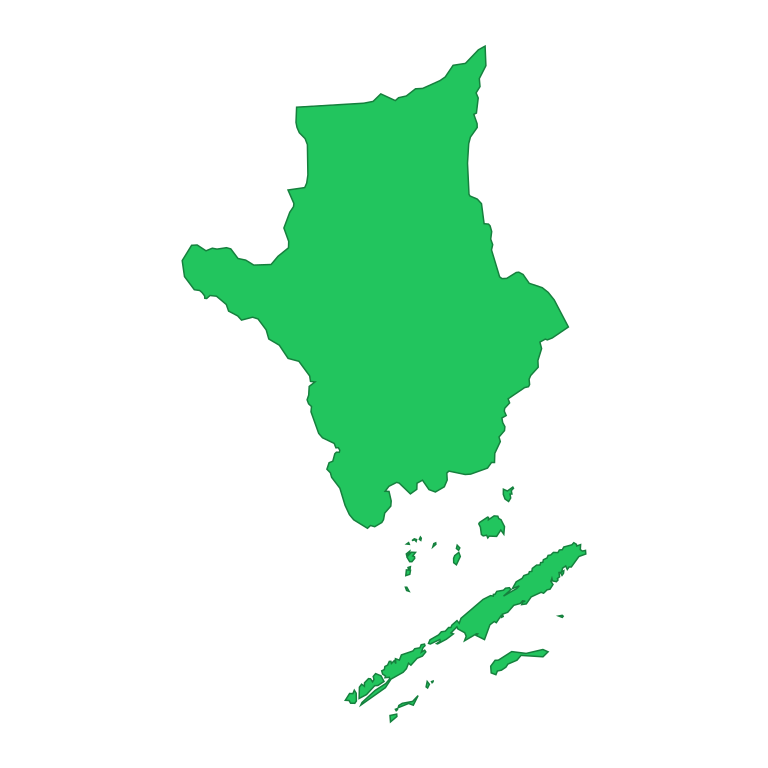 the district of Hai Ha, Quảng Ninh, Vietnam
{"feature_id": "81297802B53592665760601", "entity_name": "Hai Ha", "entity_type": "district", "adm_level": 2, "iso_a3": "VNM", "parent_name": "Vietnam", "parent_adm1": "Quảng Ninh", "projection": "equal_earth", "projection_center": [107.715, 21.448], "detail": "fine", "context": "isolated", "style": "filled", "palette": "green", "viewbox_px": 768, "rotation_deg": 0, "n_neighbors": 0, "source": "geoboundaries", "source_scale": "gbopen_adm2", "svg_char_len": 6140}
<svg xmlns="http://www.w3.org/2000/svg" viewBox="0 0 768 768"><path d="M204.8,298.3L206.7,298.5L210.0,295.5L216.5,296.2L226.3,304.5L228.6,311.1L237.7,315.9L241.5,320.1L252.6,317.2L258.0,318.9L266.2,329.9L268.8,339.0L279.3,345.2L288.1,358.4L298.9,361.3L309.7,376.0L310.5,381.4L315.0,381.9L309.2,386.4L308.7,395.1L307.1,399.8L308.6,403.8L311.5,406.5L311.0,411.8L318.7,433.4L322.5,437.8L334.2,443.4L335.9,447.8L338.3,447.7L339.8,450.2L339.3,452.3L336.4,452.2L334.8,453.8L332.8,461.2L329.1,462.7L326.9,469.2L330.4,472.8L331.6,477.3L339.9,488.2L345.1,505.4L349.4,514.6L353.7,519.8L367.5,528.3L370.5,525.5L374.7,526.7L381.8,522.5L383.5,519.7L384.7,513.1L390.8,506.1L391.2,501.0L389.0,491.4L385.1,491.3L388.9,486.3L396.6,482.4L399.2,483.1L410.4,493.9L416.8,489.3L417.0,483.2L422.5,480.2L429.0,489.6L435.4,492.0L444.3,486.8L447.2,480.0L446.8,473.1L448.9,471.1L465.2,474.5L470.7,474.1L487.5,468.1L491.5,462.5L494.5,462.5L494.8,453.3L500.3,441.6L499.0,437.0L504.5,430.6L504.9,426.7L502.7,422.6L501.9,418.0L506.2,415.5L504.3,411.2L504.7,408.3L509.6,402.9L508.1,398.8L524.6,387.6L528.5,386.7L529.6,384.5L529.1,379.2L530.7,375.5L538.2,367.2L537.9,360.5L541.6,348.6L539.9,342.1L545.3,339.1L547.3,339.9L552.2,338.0L568.4,327.0L554.2,299.9L548.2,292.4L542.3,287.7L529.2,283.3L523.1,274.5L518.8,272.2L516.2,272.5L506.7,278.4L502.0,278.6L499.6,276.8L491.5,249.9L492.7,244.7L490.7,239.1L491.7,231.6L490.1,225.9L488.5,224.1L484.1,223.7L481.5,203.7L477.3,199.1L470.0,196.0L469.0,194.3L467.5,163.2L468.7,143.7L470.4,137.1L477.2,127.5L477.1,123.7L473.8,114.3L476.4,113.1L478.2,98.0L476.1,92.9L480.0,86.6L479.3,78.6L485.9,65.7L485.1,46.1L478.4,49.8L465.4,63.4L453.1,65.3L445.2,77.0L440.0,80.6L422.7,88.4L415.5,88.8L406.3,96.0L398.6,97.7L395.3,100.6L380.8,93.9L373.1,101.4L363.8,103.2L296.6,107.2L296.0,122.4L297.0,127.4L299.3,132.7L305.1,138.6L307.4,144.6L307.9,174.9L306.7,183.1L304.7,187.6L288.0,190.0L293.9,203.5L293.5,206.7L289.8,212.2L283.9,228.0L288.7,241.4L288.5,247.8L278.0,256.3L271.1,264.5L253.8,265.1L245.7,260.1L238.0,258.5L230.8,248.9L226.5,247.7L217.0,249.1L212.3,248.2L206.0,250.8L197.2,245.0L191.6,245.3L182.2,260.6L184.5,276.6L194.3,289.7L199.7,290.5L202.1,292.6L204.6,295.9L204.8,298.3ZM576.7,546.0L576.4,544.3L573.8,542.7L571.9,544.8L563.8,547.0L562.3,549.7L559.4,550.0L557.9,552.6L553.4,552.4L550.7,555.0L548.1,555.4L547.0,558.0L543.4,559.7L542.8,562.3L540.6,562.6L540.0,565.0L536.6,565.1L532.3,568.4L531.8,571.4L529.4,571.7L528.6,573.9L523.8,575.6L522.2,578.3L516.2,581.8L512.4,588.6L519.3,585.9L516.9,588.4L503.5,596.1L510.8,589.7L509.4,587.7L505.5,588.2L503.5,590.2L496.8,591.4L495.0,594.3L493.4,594.4L493.3,596.1L490.6,595.6L483.1,599.4L461.0,618.3L459.2,623.3L457.0,620.6L451.8,625.2L450.9,627.5L448.6,627.5L445.3,631.2L441.3,631.8L438.6,634.9L430.0,639.8L428.5,643.4L430.3,644.0L439.8,639.5L440.3,641.1L436.6,643.6L437.6,643.9L446.4,639.2L453.4,633.9L451.0,632.9L456.9,626.9L457.8,628.9L464.7,632.7L466.2,636.2L464.5,640.8L476.6,633.7L477.7,633.9L476.2,635.5L484.5,639.6L489.9,624.8L494.2,621.5L496.3,622.7L501.3,615.4L502.3,615.6L501.8,617.2L503.2,616.5L502.4,614.2L507.7,612.3L513.8,605.3L520.2,603.5L522.6,600.8L525.3,601.2L522.8,601.9L521.7,604.6L526.3,603.9L531.2,596.9L541.1,592.3L543.6,593.2L547.1,589.8L550.0,589.2L553.0,584.5L550.9,581.4L551.9,578.4L552.5,580.9L556.4,581.7L558.0,580.0L557.4,578.6L559.6,576.8L559.0,572.5L560.2,572.3L562.0,575.4L563.5,573.3L563.8,570.7L561.7,571.9L562.5,568.2L565.7,566.0L567.3,569.5L569.2,566.9L571.3,567.0L578.9,556.5L585.8,554.0L585.5,550.4L582.4,551.1L580.3,549.6L580.6,544.6L576.7,546.0ZM423.1,647.5L425.0,645.7L424.5,644.1L421.2,644.7L419.9,647.8L414.8,648.7L412.9,651.0L401.4,654.9L399.4,660.1L395.5,658.7L395.8,663.6L394.3,660.6L391.4,663.5L390.9,661.3L389.3,661.4L387.6,665.1L384.9,666.5L384.3,669.6L381.7,670.8L382.6,674.1L385.5,676.0L385.0,677.7L389.3,677.3L389.6,679.0L385.8,683.5L375.1,690.4L362.0,702.5L360.8,705.1L385.4,687.7L391.0,679.1L403.1,672.3L406.4,668.7L408.5,663.2L410.9,665.2L417.1,658.3L422.4,656.1L425.8,651.9L424.7,650.2L421.4,652.2L423.1,647.5ZM548.1,651.8L542.9,649.5L526.2,653.4L511.7,651.6L498.3,660.2L495.1,660.3L490.7,666.2L491.2,672.9L495.9,674.7L497.4,671.0L501.4,670.2L505.9,667.2L507.9,664.1L517.0,660.2L521.0,655.4L543.0,656.8L548.1,651.8ZM501.0,519.7L498.8,518.6L497.8,516.2L494.1,515.9L488.4,519.8L488.5,517.4L487.6,517.1L479.5,522.5L478.8,523.9L480.4,527.1L481.4,534.5L483.2,535.9L486.6,535.2L487.8,537.9L489.2,536.1L496.6,536.4L500.8,530.0L503.8,534.2L504.5,526.6L501.0,519.7ZM384.0,681.5L381.0,675.8L375.6,673.6L373.2,676.5L374.0,679.4L372.6,681.8L370.5,678.8L368.5,678.6L364.5,682.8L364.4,686.3L361.6,684.2L359.4,687.2L359.1,698.5L366.5,694.6L374.7,685.7L377.9,685.5L384.0,681.5ZM356.2,693.2L354.3,690.2L352.9,693.6L349.6,693.5L345.3,700.3L349.0,700.5L350.6,703.2L354.8,703.3L356.4,701.0L356.2,693.2ZM511.3,490.6L513.5,488.3L512.8,487.1L507.4,491.0L503.4,489.2L503.3,494.4L505.0,499.0L508.6,501.5L510.7,498.0L510.0,494.1L511.9,494.0L511.3,490.6ZM413.3,705.2L418.1,695.6L412.6,701.4L402.3,703.3L398.8,705.5L398.2,707.7L408.6,703.5L413.3,705.2ZM456.4,564.8L460.3,556.5L458.8,552.4L454.7,555.6L453.6,558.3L453.7,562.7L456.4,564.8ZM411.9,561.7L414.7,558.4L414.5,556.7L412.7,556.0L415.5,552.4L411.4,552.2L406.9,557.0L409.7,561.7L411.9,561.7ZM396.7,714.1L390.0,715.5L390.5,721.9L396.9,716.5L396.7,714.1ZM409.8,574.3L410.5,570.3L406.4,569.9L405.8,575.6L409.8,574.3ZM427.6,688.0L429.4,684.3L427.2,681.5L426.1,686.9L427.6,688.0ZM458.6,550.3L459.8,547.9L457.2,545.2L456.4,548.5L458.6,550.3ZM409.1,591.3L406.8,587.2L405.4,587.2L406.6,590.5L409.1,591.3ZM562.3,617.4L563.2,616.2L562.2,615.3L558.6,616.0L562.3,617.4ZM406.6,555.2L409.5,552.9L409.8,551.1L406.3,553.9L406.6,555.2ZM432.8,547.0L435.9,544.3L435.7,542.8L433.8,543.6L432.8,547.0ZM416.6,539.6L414.3,538.8L412.0,540.6L414.7,539.8L416.1,541.4L416.6,539.6ZM410.1,568.9L410.4,566.7L408.0,567.5L408.4,568.8L410.1,568.9ZM420.8,540.4L421.3,538.2L420.4,537.0L419.3,539.3L420.8,540.4ZM396.2,710.7L397.5,709.6L397.5,708.5L395.4,709.3L396.2,710.7ZM409.3,544.3L408.6,542.6L406.6,544.0L409.3,544.3ZM432.1,682.7L433.1,681.7L433.1,681.0L431.5,681.6L432.1,682.7Z" fill="#22c55e" stroke="#15803d" stroke-width="1.5"/></svg>